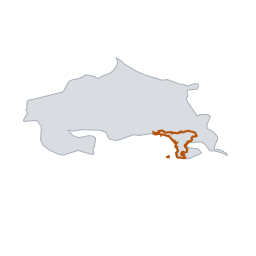 Osa, Puntarenas, Costa Rica shown in context, rotated 326°
{"feature_id": "36466004B23652443238408", "entity_name": "Osa", "entity_type": "district", "adm_level": 2, "iso_a3": "CRI", "parent_name": "Costa Rica", "parent_adm1": "Puntarenas", "projection": "orthographic", "projection_center": [-83.568, 8.892], "detail": "fine", "context": "in_parent", "style": "outline", "palette": "amber", "viewbox_px": 256, "rotation_deg": 326, "n_neighbors": 0, "source": "geoboundaries", "source_scale": "gbopen_adm2", "svg_char_len": 7041}
<svg xmlns="http://www.w3.org/2000/svg" viewBox="0 0 256 256"><g transform="rotate(326 128 128)"><path d="M210.8,130.8L210.5,131.7L209.7,132.7L208.4,133.7L206.8,134.3L202.9,132.3L199.0,130.0L196.9,131.1L196.1,134.1L194.7,135.6L192.9,136.2L192.1,137.2L192.0,147.3L192.1,156.8L195.1,157.0L200.0,160.3L202.1,162.3L202.7,164.1L202.1,164.9L198.6,167.0L195.1,169.7L193.3,172.9L196.4,178.2L197.1,181.8L197.0,185.6L196.1,187.4L189.3,191.7L187.9,193.2L188.1,194.3L191.8,197.3L193.6,200.2L195.1,203.6L195.3,206.7L191.9,201.1L187.2,195.7L183.1,192.5L182.8,184.8L181.1,180.6L175.0,176.8L169.7,174.1L165.8,174.6L168.2,179.1L174.4,184.7L174.8,186.9L174.7,189.8L170.4,189.4L166.7,188.2L162.1,187.8L159.1,186.1L152.6,179.3L157.2,173.5L158.6,169.7L158.5,161.9L157.5,158.1L152.5,152.3L144.6,145.9L133.6,140.7L128.4,136.5L115.5,133.3L110.6,131.2L106.7,127.2L106.2,124.4L107.5,120.0L104.0,114.5L88.7,103.5L80.1,99.5L78.3,97.1L76.9,96.4L78.2,103.9L81.9,108.5L91.7,112.7L94.4,115.2L95.5,118.4L89.8,124.5L86.8,126.1L86.0,129.4L84.1,130.4L82.2,128.5L74.2,118.8L58.9,114.1L56.1,111.3L50.4,102.5L47.9,94.4L48.8,89.1L55.2,80.8L57.2,77.2L56.8,75.0L57.0,71.7L54.7,69.4L48.9,66.4L45.2,63.9L46.2,62.7L52.9,59.6L53.4,56.7L53.3,55.7L54.4,55.5L55.4,54.7L56.0,53.9L57.9,51.1L59.5,49.6L61.3,49.3L63.5,50.5L71.9,53.6L81.3,57.0L94.6,61.8L100.1,58.7L104.9,56.4L108.2,56.8L115.4,59.5L119.7,60.4L122.3,60.1L126.9,64.1L129.4,67.1L129.8,69.1L131.2,70.2L134.8,70.4L143.5,72.5L148.9,72.1L153.7,69.9L156.4,67.4L157.3,63.3L158.5,65.3L159.9,68.5L160.6,72.5L166.8,86.0L171.9,93.6L182.9,107.4L187.7,109.9L195.8,121.0L198.5,122.8L200.1,126.1L208.5,128.8L210.8,130.8Z" fill="#d9dde1" stroke="#a8b0b8" stroke-width="1"/><path d="M165.9,175.4L165.8,175.1L165.7,175.1L165.8,175.0L165.7,174.9L165.4,175.1L165.5,175.2L165.4,175.3L165.2,175.3L165.1,175.2L165.0,174.8L165.2,174.4L165.2,174.1L165.4,174.0L165.8,174.0L165.9,173.8L166.1,173.7L166.5,173.9L167.1,173.8L167.3,173.9L167.5,174.2L167.6,174.3L168.0,174.2L168.4,174.1L168.5,173.7L168.9,173.5L169.1,173.2L169.4,173.3L169.5,173.3L169.6,173.5L169.8,173.5L169.8,173.3L170.0,173.3L170.1,173.1L170.3,173.0L170.2,172.8L170.3,172.8L170.5,172.8L170.6,173.0L170.6,173.3L170.9,173.1L171.1,173.2L171.5,173.4L171.7,173.2L172.0,173.3L172.2,173.5L172.7,174.0L173.0,173.9L173.1,173.7L173.5,173.6L173.9,173.6L174.3,173.7L174.5,173.6L174.4,173.4L174.6,172.8L174.8,172.8L174.9,172.7L174.8,172.4L174.9,172.0L175.1,171.9L175.5,171.9L175.6,171.6L175.8,171.6L176.6,171.5L176.7,171.4L176.8,171.2L177.1,171.3L177.5,171.4L177.6,171.6L178.0,171.8L178.1,172.1L178.9,172.5L179.1,172.7L179.5,172.8L179.9,173.1L180.1,173.1L180.5,172.9L180.5,172.5L180.6,172.3L180.7,171.7L180.7,171.4L180.6,171.2L180.6,170.8L180.9,170.1L180.9,169.8L181.1,169.5L181.0,169.3L180.7,169.1L180.4,168.8L179.9,167.7L179.5,167.4L178.6,166.5L178.5,166.3L177.7,165.7L177.4,165.5L177.3,165.1L177.0,164.8L176.9,164.3L176.8,164.1L176.0,163.9L175.7,163.7L175.3,163.4L174.7,163.5L174.0,163.0L173.6,162.8L173.3,162.7L172.7,162.6L172.3,162.9L171.4,162.6L170.8,162.2L170.9,161.8L170.9,161.2L170.4,160.8L169.9,160.6L169.5,160.5L169.3,160.3L169.1,160.1L168.7,160.1L168.6,160.3L168.6,160.8L168.5,161.0L168.2,160.9L168.0,160.6L167.7,160.4L167.2,160.3L166.9,160.2L165.9,160.1L165.7,159.9L165.5,159.4L165.0,159.2L164.6,158.8L164.6,158.6L164.4,158.5L164.3,158.2L163.9,158.1L163.6,157.7L163.3,157.6L162.9,157.5L162.7,157.4L162.2,157.4L161.8,157.3L161.6,157.2L161.3,157.1L161.2,157.0L161.2,156.9L161.2,156.7L161.6,156.4L161.6,156.2L161.9,155.9L161.9,155.7L161.4,155.6L161.0,155.6L160.7,155.5L160.3,155.0L160.1,154.7L159.2,154.2L158.9,153.8L158.5,153.6L158.2,153.6L157.5,153.4L156.9,153.2L156.5,152.4L155.7,152.0L155.5,151.4L155.5,151.1L155.8,151.0L155.9,150.8L155.7,150.3L155.2,149.7L155.1,149.4L154.3,149.0L154.1,148.6L153.9,148.6L153.5,148.8L152.9,148.7L152.5,148.6L152.3,147.9L152.2,147.8L151.9,147.6L151.5,147.6L151.4,147.8L151.5,148.0L151.7,148.7L151.6,148.9L151.3,148.9L151.0,148.9L150.6,148.7L149.8,148.5L149.3,148.3L149.0,148.3L148.8,148.2L148.3,147.5L147.8,147.1L147.2,146.8L147.0,146.4L146.7,145.8L146.3,146.7L146.0,147.0L147.2,148.1L147.3,148.3L147.3,148.6L147.1,148.6L147.2,148.8L147.4,148.7L147.6,148.9L147.8,148.9L148.2,149.2L148.4,149.2L148.7,149.3L148.8,149.3L149.0,149.6L149.6,149.6L149.8,149.8L149.9,150.0L150.1,150.0L150.3,150.1L150.9,150.7L151.4,151.6L151.4,152.0L151.3,152.4L151.5,152.3L151.9,152.2L152.4,152.3L152.9,152.5L153.2,153.1L153.5,153.3L153.7,153.5L154.3,154.2L154.6,154.3L154.6,154.5L154.9,154.8L154.9,155.0L155.0,155.1L155.3,155.3L155.4,155.7L155.6,155.8L155.9,156.0L156.1,156.6L156.3,156.9L156.5,156.9L156.5,156.7L157.1,156.9L157.3,157.2L157.4,157.4L157.1,157.4L157.1,157.5L157.1,158.0L157.5,158.6L157.7,159.2L157.7,159.9L157.7,160.5L157.7,161.2L157.8,161.9L157.9,162.1L158.1,162.2L158.0,162.5L158.0,162.8L158.3,163.5L158.1,163.7L158.3,164.0L158.8,164.0L158.7,164.3L158.8,164.5L159.4,165.1L159.5,165.3L159.3,165.4L159.0,165.3L158.8,165.1L158.6,165.0L158.3,165.2L158.4,166.1L158.5,166.4L158.8,166.4L159.6,166.8L160.1,167.4L160.4,167.6L160.1,167.7L159.8,167.5L159.5,167.6L159.3,167.8L159.2,168.0L158.9,168.4L158.4,168.7L158.0,168.8L157.9,168.8L157.8,169.0L157.5,169.1L157.1,169.6L156.8,170.0L156.7,170.3L156.8,170.4L157.0,170.4L157.3,171.0L157.5,171.1L157.9,171.0L158.1,171.2L157.9,171.3L157.3,171.2L157.2,171.4L157.0,171.5L157.0,171.8L157.2,172.2L157.3,173.0L157.2,173.1L156.9,173.3L156.9,174.1L156.8,174.5L156.6,175.0L156.4,175.2L156.1,175.4L155.8,175.4L155.6,175.1L155.0,175.3L154.8,175.2L154.6,175.3L154.3,175.5L154.1,175.5L153.9,175.6L153.8,176.0L153.6,176.1L153.6,176.5L153.7,177.0L153.6,177.4L153.4,177.6L153.2,177.8L152.8,177.9L152.7,178.0L152.8,178.2L152.8,178.5L152.6,178.7L152.5,179.1L152.6,179.6L152.5,179.8L152.6,180.1L152.7,180.4L153.2,180.9L153.4,180.9L153.5,180.8L153.9,180.9L155.7,182.7L156.7,183.8L156.9,183.8L157.1,183.8L157.2,184.0L157.4,184.1L157.5,184.2L157.5,184.3L157.9,184.5L158.2,184.8L158.6,184.8L158.9,184.6L158.4,184.3L158.3,184.1L157.9,183.9L157.8,183.7L157.7,183.3L157.8,183.3L157.9,183.2L158.1,183.3L158.1,183.2L158.4,183.0L158.5,182.9L158.7,182.6L158.9,182.5L159.1,182.2L159.5,182.0L159.5,181.8L159.4,181.7L159.0,181.5L158.6,181.3L158.2,181.3L158.0,181.1L157.6,180.6L157.2,180.3L157.3,180.0L157.5,180.0L157.7,179.7L157.9,179.6L157.9,179.1L157.8,178.9L157.9,178.7L158.1,178.6L158.3,178.6L158.3,178.8L158.8,178.7L159.0,178.8L159.1,179.0L159.3,179.2L159.3,179.4L159.5,179.4L159.9,179.4L160.1,179.4L160.3,179.2L160.3,178.9L160.1,178.5L160.1,178.4L160.5,178.6L160.9,179.3L160.8,179.7L160.9,180.0L161.2,180.0L161.8,180.3L162.6,180.5L162.8,180.6L163.1,180.7L163.3,180.3L163.5,180.3L164.1,180.1L164.3,179.8L164.4,179.7L164.5,179.6L164.7,179.2L165.1,179.2L165.4,178.7L165.4,178.4L165.4,178.2L165.2,178.1L165.1,177.9L165.1,177.3L165.2,177.0L165.2,176.7L165.0,176.2L165.2,175.9L165.3,175.8L165.3,175.6L165.6,175.6L165.9,175.4ZM144.6,174.0L144.2,173.9L144.2,174.1L144.3,174.3L144.7,174.7L144.9,174.7L145.1,174.9L145.3,174.9L145.4,175.0L145.6,175.0L146.0,174.5L146.0,174.2L145.2,174.1L144.8,174.0L144.6,174.0Z" fill="none" stroke="#b45309" stroke-width="2"/></g></svg>